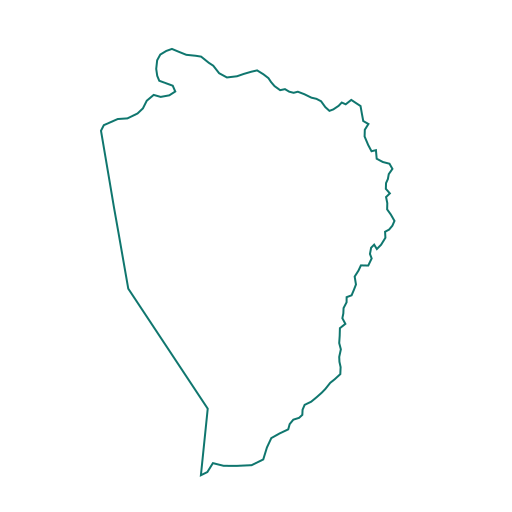 outline of Palminópolis, Goiás, Brazil, rotated 175°
{"feature_id": "56859067B71673354541493", "entity_name": "Palminópolis", "entity_type": "district", "adm_level": 2, "iso_a3": "BRA", "parent_name": "Brazil", "parent_adm1": "Goiás", "projection": "robinson", "projection_center": [-50.228, -16.81], "detail": "fine", "context": "isolated", "style": "outline", "palette": "teal", "viewbox_px": 512, "rotation_deg": 175, "n_neighbors": 0, "source": "geoboundaries", "source_scale": "gbopen_adm2", "svg_char_len": 1770}
<svg xmlns="http://www.w3.org/2000/svg" viewBox="0 0 512 512"><g transform="rotate(175 256 256)"><path d="M141.0,243.5L142.3,248.1L140.6,254.2L137.3,257.0L135.0,252.4L130.4,256.3L125.5,262.9L125.3,268.9L121.1,270.7L117.5,274.3L115.0,278.9L118.1,285.6L121.3,291.0L120.6,297.2L121.3,303.4L117.2,306.7L120.8,311.6L120.1,317.3L117.9,321.2L116.6,326.0L112.5,330.9L115.0,336.3L121.5,338.6L127.3,342.4L127.3,351.0L131.8,350.3L134.6,356.9L137.4,365.6L136.6,372.3L132.5,377.7L137.4,381.1L138.1,388.3L138.8,396.3L143.0,399.6L147.5,403.2L153.4,399.3L157.2,401.4L160.6,398.4L166.2,395.3L170.2,394.2L174.0,398.3L177.7,404.5L182.1,407.3L187.0,408.9L193.8,413.0L200.0,416.0L204.3,415.3L208.6,416.8L212.6,419.7L217.5,419.1L222.7,423.6L225.8,427.9L228.1,432.1L232.8,436.4L238.7,440.8L244.5,440.0L252.1,438.5L259.3,436.7L269.4,436.4L276.8,441.3L282.0,449.3L286.2,452.6L293.3,459.4L298.5,460.7L307.9,462.5L314.8,466.0L321.7,469.6L327.5,468.1L333.8,465.0L337.4,459.6L339.1,451.1L338.7,444.1L337.1,439.0L324.1,432.9L322.1,426.9L328.4,423.6L337.1,422.8L343.9,425.4L351.3,420.2L355.8,412.9L361.6,408.3L372.1,404.3L381.8,404.5L396.2,399.6L399.5,394.3L395.3,342.5L393.3,317.3L390.8,289.2L386.1,234.6L317.4,108.1L330.0,42.4L323.3,45.0L317.0,53.4L306.5,49.8L293.4,48.6L278.6,48.0L266.5,52.7L261.8,64.3L256.6,73.3L247.9,77.2L239.0,80.5L237.1,85.6L233.1,89.7L227.2,91.0L223.7,93.7L223.0,98.8L220.5,103.5L213.8,106.0L208.1,109.9L202.3,114.2L198.5,117.5L193.1,123.2L188.4,126.3L182.3,131.0L181.4,137.9L182.1,143.3L181.9,148.2L179.6,155.6L180.7,162.0L179.6,169.1L178.7,176.8L172.9,180.6L175.4,186.5L174.0,191.2L173.3,196.5L169.8,202.0L169.3,207.1L164.2,208.5L161.4,213.8L158.9,218.9L159.5,226.9L155.2,232.5L152.3,237.5L145.0,236.7L141.0,243.5Z" fill="none" stroke="#0f766e" stroke-width="2"/></g></svg>